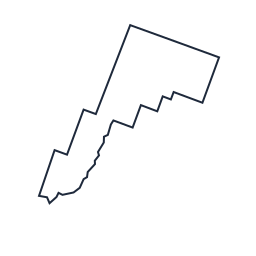 outline of Gem, Idaho, United States of America, rotated 200°
{"feature_id": "52423323B51946082922019", "entity_name": "Gem", "entity_type": "district", "adm_level": 2, "iso_a3": "USA", "parent_name": "United States of America", "parent_adm1": "Idaho", "projection": "natural_earth1", "projection_center": [-116.36, 44.159], "detail": "fine", "context": "isolated", "style": "outline", "palette": "slate", "viewbox_px": 256, "rotation_deg": 200, "n_neighbors": 0, "source": "geoboundaries", "source_scale": "gbopen_adm2", "svg_char_len": 575}
<svg xmlns="http://www.w3.org/2000/svg" viewBox="0 0 256 256"><g transform="rotate(200 128 128)"><path d="M188.4,33.8L180.4,35.2L176.0,30.5L171.6,38.7L171.1,43.3L166.7,42.8L157.1,48.8L152.9,55.3L152.2,64.8L149.7,67.8L150.8,72.9L146.7,82.8L148.0,85.9L145.9,92.3L148.0,95.2L145.8,106.1L147.6,111.6L144.6,114.6L145.3,125.5L144.3,130.1L123.8,130.0L123.7,153.9L106.2,153.7L106.2,169.6L97.5,169.5L97.4,177.4L66.7,177.2L66.6,225.5L92.9,225.5L110.5,225.5L161.1,225.4L163.0,130.1L176.0,130.1L176.2,82.1L189.4,82.1L188.4,33.8Z" fill="none" stroke="#1e293b" stroke-width="2"/></g></svg>